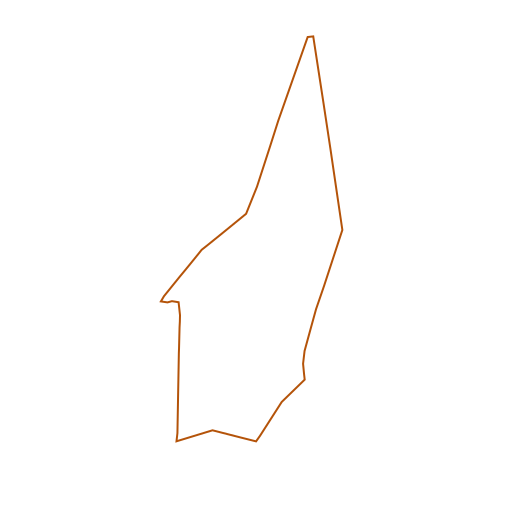 Retirolândia, Bahia, Brazil (orthographic projection), rotated 327°
{"feature_id": "56859067B68715919074839", "entity_name": "Retirolândia", "entity_type": "district", "adm_level": 2, "iso_a3": "BRA", "parent_name": "Brazil", "parent_adm1": "Bahia", "projection": "orthographic", "projection_center": [-39.434, -11.487], "detail": "fine", "context": "isolated", "style": "outline", "palette": "amber", "viewbox_px": 512, "rotation_deg": 327, "n_neighbors": 0, "source": "geoboundaries", "source_scale": "gbopen_adm2", "svg_char_len": 667}
<svg xmlns="http://www.w3.org/2000/svg" viewBox="0 0 512 512"><g transform="rotate(327 256 256)"><path d="M423.6,103.0L418.6,100.5L348.3,154.7L327.3,171.9L294.6,198.4L270.7,215.2L240.5,218.5L220.3,220.6L213.8,221.2L208.4,223.0L197.9,226.4L186.6,230.0L181.1,231.7L156.9,239.6L151.5,242.3L156.5,246.7L160.9,248.1L165.9,252.6L160.0,264.3L156.3,269.7L153.1,274.1L141.1,291.6L138.5,295.3L96.3,357.8L93.6,361.8L88.4,368.1L124.6,378.5L144.6,400.2L155.1,411.5L161.4,409.0L198.1,392.4L229.5,386.2L232.2,380.8L236.8,372.0L245.0,362.1L263.3,345.8L277.4,333.3L296.6,318.3L342.6,281.2L376.9,206.4L395.8,164.7L423.6,103.0Z" fill="none" stroke="#b45309" stroke-width="2"/></g></svg>